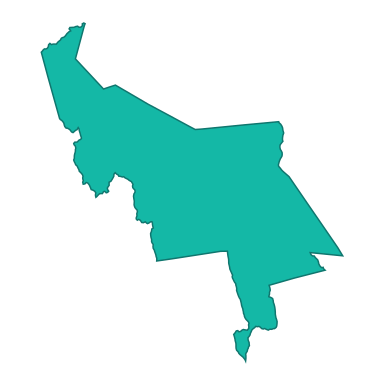 the district of Brotas de Macaúbas, Bahia, Brazil
{"feature_id": "56859067B62774475312838", "entity_name": "Brotas de Macaúbas", "entity_type": "district", "adm_level": 2, "iso_a3": "BRA", "parent_name": "Brazil", "parent_adm1": "Bahia", "projection": "natural_earth1", "projection_center": [-42.507, -12.105], "detail": "fine", "context": "isolated", "style": "filled", "palette": "teal", "viewbox_px": 384, "rotation_deg": 0, "n_neighbors": 0, "source": "geoboundaries", "source_scale": "gbopen_adm2", "svg_char_len": 4865}
<svg xmlns="http://www.w3.org/2000/svg" viewBox="0 0 384 384"><path d="M278.7,121.7L243.0,125.0L205.4,128.7L201.2,129.1L195.2,129.5L188.4,125.9L173.6,117.9L147.9,104.1L115.4,85.1L109.5,87.0L103.5,89.0L75.4,58.9L84.0,26.9L84.4,25.5L85.1,23.7L83.8,23.0L82.3,23.8L82.4,25.5L81.5,26.7L80.2,27.3L78.6,27.1L77.7,26.2L75.9,26.5L74.0,27.3L71.9,27.4L69.9,27.5L69.1,28.9L70.0,29.8L70.7,30.9L69.2,31.6L68.1,32.6L67.0,33.6L66.0,35.0L64.9,36.4L63.7,37.3L62.2,37.7L61.2,38.4L60.5,40.0L59.2,41.0L57.7,42.3L56.4,44.1L54.7,44.1L53.0,44.1L51.4,44.6L49.9,43.4L48.6,44.7L48.3,46.7L47.2,48.4L45.8,49.0L44.4,48.9L43.3,49.8L42.2,51.3L41.3,52.2L47.8,76.4L59.6,118.6L60.4,119.6L61.7,120.4L62.9,121.7L63.9,123.3L64.2,124.8L64.8,126.6L66.1,128.1L67.4,128.2L68.4,128.7L70.0,129.8L71.5,131.9L73.0,132.6L74.3,131.5L75.6,130.3L77.0,129.7L78.2,127.6L79.0,128.8L79.3,130.7L80.2,133.6L80.6,135.4L81.3,137.3L81.4,138.6L80.4,139.5L78.9,140.2L77.4,141.9L76.1,142.2L74.9,142.1L73.7,143.4L74.1,144.8L75.0,145.6L75.5,146.8L75.8,148.2L75.4,149.6L75.4,151.2L75.1,152.6L74.7,153.9L74.4,155.2L74.3,156.7L74.3,158.3L73.7,160.0L74.3,161.7L75.0,163.0L75.7,164.8L77.1,166.0L78.1,168.2L78.9,169.7L79.3,171.3L80.5,172.4L81.7,173.7L82.6,175.0L83.0,176.4L82.7,177.7L82.8,179.0L83.3,180.5L82.7,182.2L83.2,184.2L84.9,183.9L86.2,182.5L87.6,182.9L88.4,183.8L89.2,184.8L89.9,186.3L90.6,188.0L91.2,189.6L92.8,190.1L94.6,191.1L95.8,192.8L95.5,194.4L95.5,195.8L95.9,197.3L96.8,196.6L98.1,195.1L99.6,193.7L101.2,193.6L102.4,193.6L103.3,192.0L104.2,191.3L105.3,191.8L106.2,192.8L107.6,192.4L108.7,191.2L107.7,189.7L107.3,188.1L108.0,186.9L109.1,185.4L109.1,183.4L109.1,182.2L110.9,181.3L112.1,179.4L113.0,177.8L113.8,176.3L113.9,174.2L115.2,172.7L116.6,174.1L118.0,174.8L118.8,176.2L120.5,176.4L122.4,177.0L123.7,176.7L124.8,177.7L126.1,178.4L127.8,179.2L129.2,180.4L131.4,181.6L132.4,183.3L133.0,184.4L132.5,186.0L132.8,187.6L133.5,188.7L134.7,189.7L135.1,191.1L134.9,192.5L134.0,193.8L133.5,196.2L133.9,198.9L134.3,201.1L134.2,203.2L134.1,204.8L134.4,206.1L135.0,207.6L136.0,208.9L137.1,210.0L137.4,211.8L136.8,213.7L137.0,215.8L136.3,217.5L136.2,218.9L137.3,220.2L138.7,219.4L139.8,219.9L140.8,221.0L141.7,222.5L143.5,222.7L145.3,221.8L146.5,223.0L147.5,223.6L148.9,223.0L150.5,221.8L151.9,221.7L152.4,223.0L152.5,224.8L152.9,226.6L153.3,228.0L151.8,229.0L151.5,231.3L150.6,233.4L150.7,235.3L151.0,237.3L151.6,239.4L151.6,241.7L152.1,242.9L153.2,244.5L153.0,246.6L153.2,248.3L154.3,250.1L154.7,251.6L155.4,253.5L155.9,255.1L156.2,256.8L156.7,257.9L156.8,259.4L156.7,261.0L172.1,258.8L220.7,251.3L227.4,251.2L227.7,253.9L228.0,256.2L228.3,257.6L228.6,259.2L228.7,261.2L228.7,262.8L228.9,264.1L229.3,265.7L229.6,267.2L229.9,269.1L230.8,271.2L231.4,272.5L231.9,273.7L232.6,275.1L232.2,276.4L232.4,277.8L233.3,279.6L233.9,280.9L234.7,282.4L235.7,283.6L235.9,285.3L236.3,286.5L236.7,288.3L236.6,290.5L237.3,292.6L237.9,294.4L238.6,296.3L239.4,298.0L240.3,299.3L240.8,301.3L241.3,303.4L241.6,305.4L242.2,307.3L242.8,308.8L243.0,310.3L243.4,311.8L243.5,313.3L244.2,314.9L244.5,316.6L245.2,318.1L246.1,319.5L247.3,320.7L248.3,321.7L249.0,323.3L248.5,324.9L248.8,326.3L248.8,328.3L247.3,330.2L245.2,329.9L243.3,329.5L241.9,330.2L240.6,331.4L238.9,331.8L237.8,330.6L236.3,330.9L234.9,333.1L233.7,334.4L234.2,336.0L234.6,337.5L235.0,339.1L235.2,340.7L235.9,343.2L236.0,344.8L236.0,347.0L236.1,348.4L236.6,350.2L238.2,351.9L238.9,353.4L239.9,354.5L241.3,355.7L242.9,357.0L244.2,358.6L245.0,359.7L245.6,361.0L245.9,358.4L245.9,355.8L245.7,353.9L246.3,352.7L247.2,351.3L247.6,349.4L248.2,348.3L248.5,346.9L249.4,345.7L249.2,344.1L249.1,342.5L248.6,341.3L248.1,340.0L248.0,337.7L249.1,336.4L250.0,335.0L250.4,333.4L251.2,331.7L252.0,329.8L253.3,328.6L254.7,327.6L255.7,326.4L257.6,326.7L258.9,326.4L259.9,326.9L260.9,327.8L261.9,328.7L263.3,329.0L264.7,328.5L266.2,329.3L268.3,330.1L269.9,329.2L271.8,329.3L273.1,328.7L274.6,328.6L276.1,327.4L276.7,326.1L277.0,323.8L277.1,321.5L276.5,319.3L275.9,317.6L275.6,315.8L275.3,314.1L275.3,312.0L275.1,309.7L274.9,308.0L274.6,306.3L274.0,304.1L273.4,302.5L273.2,300.6L272.6,298.5L270.9,297.5L268.8,296.7L269.1,295.4L269.5,294.1L269.5,292.2L270.2,290.4L270.1,289.0L269.7,287.2L269.1,285.3L294.6,278.0L325.1,270.2L323.6,268.8L323.1,267.3L321.9,267.7L320.7,266.9L319.7,265.6L318.8,263.9L318.4,261.9L317.7,259.9L316.3,258.5L315.3,257.6L314.3,256.0L312.4,255.9L311.0,254.6L310.2,252.6L342.7,255.8L337.8,247.7L319.9,221.6L307.9,204.2L289.0,176.6L283.7,172.0L282.4,170.8L281.4,169.7L280.7,168.7L279.8,167.6L278.6,166.3L278.4,164.8L279.1,162.0L279.6,160.6L280.3,158.9L281.3,157.3L282.0,156.0L282.2,154.3L282.1,152.6L281.4,151.1L280.3,149.3L279.9,147.4L279.9,146.1L280.2,144.7L281.0,143.7L281.9,142.5L282.9,141.3L282.5,140.0L282.5,138.0L282.9,135.3L283.7,133.0L283.3,131.6L282.9,130.3L282.6,127.9L281.9,126.1L280.7,124.2L279.2,122.9L278.7,121.7Z" fill="#14b8a6" stroke="#0f766e" stroke-width="1.5"/></svg>